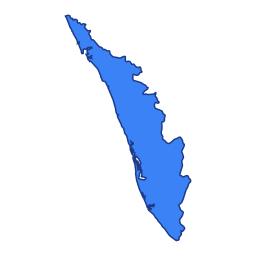 the State of Kerala
{"feature_id": "IND-2442", "entity_name": "Kerala", "entity_type": "State", "adm_level": 1, "iso_a3": "IND", "parent_name": "India", "parent_adm1": "", "projection": "orthographic", "projection_center": [76.221, 10.533], "detail": "fine", "context": "isolated", "style": "filled", "palette": "blue", "viewbox_px": 256, "rotation_deg": 0, "n_neighbors": 0, "source": "natural_earth", "source_scale": "10m", "svg_char_len": 5797}
<svg xmlns="http://www.w3.org/2000/svg" viewBox="0 0 256 256"><path d="M83.2,53.4L82.6,53.6L82.4,53.9L82.5,54.1L81.8,53.4L81.4,52.4L81.2,50.6L79.4,46.4L78.8,44.1L79.2,42.0L78.6,42.2L77.5,43.4L77.5,42.1L77.2,41.0L76.4,39.1L73.3,33.7L72.9,32.2L72.0,31.3L71.7,29.8L70.2,27.5L66.6,18.1L65.4,16.1L67.5,15.4L68.6,15.4L69.6,15.6L70.0,16.1L70.4,17.8L71.0,18.2L72.6,18.5L72.5,19.3L72.8,19.8L73.7,20.1L74.8,19.3L75.4,19.3L77.4,20.3L77.4,20.5L77.2,21.7L77.5,22.4L77.8,22.9L78.2,23.0L79.3,22.7L79.7,22.7L80.7,24.1L81.4,24.6L82.0,24.5L82.8,23.8L83.5,23.8L85.7,24.4L85.4,25.5L84.7,26.3L84.5,26.9L84.7,27.6L85.4,28.2L86.1,29.3L86.7,29.7L87.5,30.9L87.8,31.0L89.8,30.5L90.2,30.6L90.4,30.9L90.1,31.9L89.2,32.7L89.1,33.0L89.0,34.2L89.3,34.9L90.4,36.4L91.4,39.7L93.2,39.9L94.0,40.6L98.6,46.1L99.4,46.8L100.9,47.2L102.0,47.8L103.2,49.4L103.4,49.6L104.8,49.4L106.7,50.7L107.4,50.8L108.8,50.8L109.6,51.1L110.0,53.2L110.3,54.1L111.4,55.4L112.3,56.2L113.0,56.7L114.6,57.2L116.7,57.4L119.4,58.1L120.5,58.0L122.3,57.0L124.0,56.4L124.9,56.4L125.3,56.6L125.4,57.1L125.3,60.6L126.2,61.6L127.0,61.7L128.1,61.2L129.5,61.4L130.4,62.1L131.7,64.2L132.3,64.4L133.1,64.1L134.0,64.3L135.4,66.2L136.5,67.1L138.1,67.5L139.5,67.1L140.1,67.1L140.4,67.4L140.8,68.3L141.0,70.3L141.9,71.6L141.7,72.2L140.3,72.6L139.7,73.0L138.6,74.6L138.0,75.0L136.8,75.3L136.0,75.2L134.4,74.6L133.1,74.4L132.7,75.3L133.0,76.6L132.6,78.2L133.2,79.9L133.9,80.7L136.1,81.1L141.4,82.8L143.3,84.3L145.1,85.0L145.6,85.4L146.7,87.0L148.0,87.7L147.5,89.0L144.6,91.1L143.1,92.9L143.0,93.9L143.3,94.3L144.2,94.4L145.7,93.9L147.9,94.6L152.8,94.2L153.9,93.9L155.6,92.6L155.8,92.7L155.8,94.0L155.2,95.2L155.1,95.9L155.5,96.5L156.6,97.7L157.9,101.1L159.0,102.0L159.0,102.3L158.8,102.8L158.0,103.2L156.1,102.6L155.7,102.6L155.1,103.0L154.7,103.8L154.4,105.2L154.6,106.8L155.2,108.0L155.9,108.6L156.7,109.0L159.1,109.7L162.1,111.2L163.3,113.9L164.8,114.8L165.1,115.7L164.5,118.1L164.4,120.7L163.8,121.5L163.2,121.8L162.1,122.0L161.8,122.4L161.7,123.0L162.0,127.1L161.8,129.7L161.3,131.3L161.1,132.9L161.6,134.5L162.6,136.1L162.7,136.7L162.6,138.7L162.7,139.2L164.7,140.6L166.7,142.8L168.4,143.5L169.9,143.2L171.6,142.0L174.2,139.5L177.1,138.4L178.8,137.4L180.0,137.1L181.0,138.0L182.5,140.5L182.8,142.4L183.1,143.1L183.4,143.6L184.2,144.2L184.3,144.5L184.1,146.0L181.7,151.4L181.7,151.8L182.4,153.4L183.4,156.6L183.4,157.1L183.3,157.9L181.9,160.6L181.8,161.1L181.8,161.8L182.4,164.9L182.4,165.8L179.9,174.1L179.9,174.9L180.2,175.4L181.8,176.0L182.7,176.8L183.7,176.9L185.9,175.8L187.5,175.7L188.1,176.3L188.8,177.9L190.4,179.7L190.6,180.4L190.6,181.7L188.9,183.3L187.4,187.6L186.1,189.7L183.3,198.7L182.1,201.6L181.1,203.1L178.9,204.8L179.0,205.6L180.7,210.1L182.8,211.6L183.3,212.3L182.4,215.6L179.7,219.7L179.6,220.1L180.0,222.9L180.8,224.3L183.2,226.1L184.1,227.1L184.6,228.0L184.6,228.5L183.8,230.1L182.9,231.0L181.9,231.5L181.2,230.9L181.0,232.1L181.5,233.9L180.9,235.2L179.8,236.5L179.2,237.5L179.0,238.0L179.0,239.5L178.5,240.1L178.0,240.2L176.8,240.2L176.3,240.6L170.6,236.5L168.9,234.7L164.8,228.9L162.2,226.4L161.5,224.8L157.9,220.7L157.4,219.5L155.7,217.9L153.9,214.9L153.1,214.0L148.9,210.4L148.1,209.3L148.3,208.7L148.9,208.6L149.6,209.7L150.5,209.5L151.9,208.6L150.0,208.9L149.5,208.3L149.6,207.8L150.6,206.5L151.1,206.2L153.8,206.6L153.9,206.4L152.6,205.5L154.3,204.9L154.3,204.5L153.8,204.3L153.1,204.5L152.5,204.8L151.9,205.5L151.2,205.4L150.1,204.9L149.8,205.2L149.2,206.7L148.9,207.3L148.5,206.6L149.0,205.9L149.2,205.2L148.4,205.7L147.9,206.3L147.7,207.0L147.8,207.9L147.4,207.5L147.0,206.8L146.6,204.8L146.0,203.8L145.4,202.1L144.0,199.1L144.1,198.0L144.4,199.0L144.8,199.0L145.1,196.3L144.6,196.7L144.4,197.3L144.1,197.3L143.2,194.3L142.4,192.6L141.7,192.5L141.8,193.1L143.3,196.9L143.4,197.6L143.1,197.6L139.2,188.6L136.6,180.2L135.6,173.2L135.9,171.9L134.9,164.3L133.7,160.6L133.4,160.1L132.9,157.2L133.7,156.6L134.5,157.2L135.3,158.4L135.6,159.4L135.3,159.6L134.2,159.2L133.9,159.4L134.1,160.6L134.4,161.0L134.9,161.3L135.3,160.2L135.5,160.9L135.5,161.7L135.1,162.7L136.0,162.4L136.3,162.0L135.9,161.3L136.5,160.8L138.0,169.9L138.3,169.9L138.4,168.5L137.9,165.3L138.3,164.0L137.2,162.5L137.0,161.7L137.7,161.3L139.0,164.0L139.0,166.4L139.4,169.0L139.9,170.0L140.7,170.9L140.6,171.7L139.7,173.6L138.7,178.1L138.9,178.8L142.3,179.6L142.7,179.5L143.9,180.0L144.8,179.7L146.1,178.1L143.4,176.7L142.4,177.1L141.3,176.4L142.0,175.1L141.7,173.0L141.7,170.7L141.5,169.8L141.1,169.3L140.7,169.5L140.7,167.5L140.0,165.6L140.2,164.7L140.8,163.7L140.7,162.7L139.2,159.8L139.0,159.0L137.1,157.1L136.6,156.4L135.8,157.2L135.0,155.9L134.5,154.0L134.8,153.0L133.8,152.4L133.3,149.7L132.9,149.6L132.5,149.3L131.9,147.9L131.5,148.9L132.5,151.5L132.6,153.5L133.2,155.4L132.5,154.8L131.8,153.6L130.2,149.5L130.4,147.5L130.0,147.0L130.0,146.2L132.3,144.9L132.9,144.2L133.2,143.6L133.1,142.8L132.2,143.0L131.4,141.6L130.9,141.3L131.5,143.0L131.6,144.0L131.2,144.8L130.3,145.3L129.7,145.1L128.8,143.8L128.1,141.7L127.2,137.6L126.5,135.5L124.7,133.1L123.8,129.0L123.5,128.3L121.7,126.4L121.2,124.4L118.3,118.4L117.9,117.1L117.4,116.4L117.4,115.9L117.5,115.7L118.4,114.9L116.9,114.2L116.1,112.2L115.4,108.0L113.1,99.8L108.7,89.1L108.1,88.0L108.0,87.4L108.5,87.1L108.6,86.7L108.3,86.0L107.6,86.2L107.1,85.5L106.3,83.6L105.4,82.1L104.8,81.5L102.5,80.9L102.1,80.3L101.7,78.4L100.8,77.1L100.9,76.4L98.3,69.9L97.1,68.2L90.9,61.3L89.7,61.6L89.4,60.9L88.2,59.6L87.4,57.9L88.3,57.7L91.9,58.5L91.9,58.2L91.2,57.8L91.1,57.2L91.6,55.8L90.9,56.1L90.0,56.9L89.4,57.1L88.5,57.0L87.8,56.7L87.1,56.2L86.0,54.3L86.1,54.0L87.7,54.1L88.5,53.9L88.2,53.4L87.2,52.3L87.3,51.6L87.1,51.0L87.5,49.8L88.2,49.1L88.9,49.6L91.1,48.0L91.8,48.1L91.8,47.3L91.0,47.1L89.7,47.7L88.1,47.3L87.2,48.3L86.5,48.7L85.9,49.4L84.1,49.0L83.2,49.5L83.2,53.4Z" fill="#3b82f6" stroke="#1e3a8a" stroke-width="1.5"/></svg>